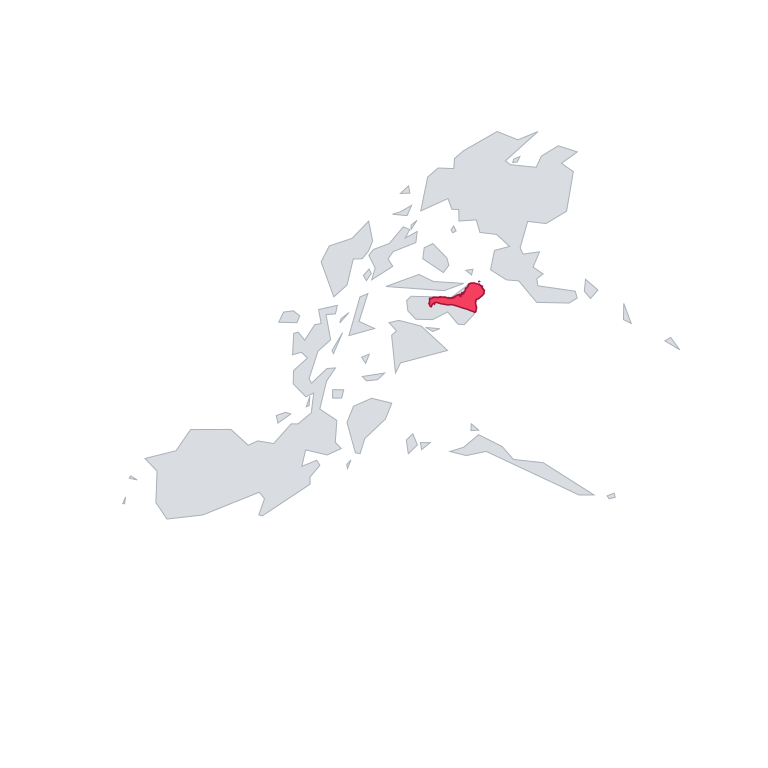 location of Negros Oriental, Negros Oriental, Philippines, rotated 248°
{"feature_id": "2640588B56610026740587", "entity_name": "Negros Oriental", "entity_type": "district", "adm_level": 2, "iso_a3": "PHL", "parent_name": "Philippines", "parent_adm1": "Negros Oriental", "projection": "albers", "projection_center": [123.112, 9.739], "detail": "fine", "context": "in_parent", "style": "filled", "palette": "rose", "viewbox_px": 768, "rotation_deg": 248, "n_neighbors": 0, "source": "geoboundaries", "source_scale": "gbopen_adm2", "svg_char_len": 8392}
<svg xmlns="http://www.w3.org/2000/svg" viewBox="0 0 768 768"><g transform="rotate(248 384 384)"><path d="M359.5,128.1L388.2,140.9L404.5,134.5L400.0,166.1L414.2,187.6L399.2,225.1L378.1,235.1L378.5,245.7L370.1,259.4L381.8,283.0L379.2,289.3L384.5,305.8L401.9,315.4L401.5,306.7L418.2,299.9L430.2,305.1L436.8,322.7L444.4,319.3L445.3,310.2L464.7,319.2L464.3,323.8L454.3,326.9L464.9,342.0L463.6,348.4L477.6,351.3L474.4,370.2L467.2,365.3L470.0,356.2L445.0,351.1L439.2,335.1L416.9,316.4L411.9,317.2L419.7,337.0L417.1,345.0L408.3,331.9L384.9,315.1L367.9,326.6L348.2,317.0L340.2,320.2L339.5,304.8L352.3,286.6L338.4,277.0L338.5,293.0L332.6,294.1L325.4,280.4L318.8,278.0L307.3,221.7L309.6,218.9L322.3,230.2L330.4,227.8L330.5,166.7L340.1,132.2L359.5,128.1ZM530.7,482.9L559.5,502.0L564.0,515.0L557.6,529.4L566.6,533.8L570.5,545.1L575.7,583.5L560.3,599.5L560.4,621.3L545.5,580.3L540.1,583.2L527.9,606.3L536.3,615.2L539.6,634.8L526.8,650.1L522.1,631.2L510.0,639.1L475.8,618.0L472.1,594.3L480.9,578.1L459.2,561.2L452.3,561.6L448.3,577.7L436.5,566.0L426.4,572.8L424.4,565.1L417.4,563.4L398.4,596.1L391.3,595.3L389.7,586.0L402.5,556.1L429.1,547.6L434.7,536.5L450.0,525.6L466.5,536.5L464.5,551.9L480.4,544.6L488.6,529.7L501.6,531.1L507.0,514.6L517.8,518.7L520.5,512.4L532.0,512.8L530.7,482.9ZM445.4,502.7L432.5,511.3L427.4,500.8L415.3,494.3L408.9,480.6L411.8,475.0L427.0,470.0L425.5,453.2L432.1,437.8L442.9,433.5L452.9,436.3L455.2,442.0L439.1,478.9L445.4,502.7ZM520.8,371.5L532.5,385.0L531.0,409.0L540.8,430.8L520.9,427.1L513.0,419.3L508.3,410.6L511.4,402.3L489.6,386.8L483.6,370.1L520.8,371.5ZM390.0,398.8L426.3,409.3L428.6,415.5L439.0,411.7L437.4,421.7L423.6,440.3L391.3,455.5L397.4,407.3L390.0,398.8ZM251.4,502.1L202.5,537.1L208.0,523.3L283.3,453.4L286.8,433.5L296.7,419.9L295.5,434.4L301.6,452.7L281.8,470.1L265.6,475.7L251.4,502.1ZM330.9,331.7L362.3,335.3L374.8,347.4L375.4,367.2L363.3,384.0L351.0,372.2L340.6,345.7L328.4,335.8L330.9,331.7ZM494.9,419.3L508.9,418.1L512.7,424.5L512.3,441.6L522.5,460.8L517.6,465.6L511.4,458.5L513.0,471.9L503.2,466.5L503.3,441.9L498.4,434.6L489.8,436.2L485.2,411.6L494.9,419.3ZM447.4,495.6L448.0,474.8L473.7,422.2L472.5,457.3L460.5,468.3L447.4,495.6ZM495.9,481.9L477.2,489.5L469.8,488.6L465.1,480.8L485.6,466.9L495.2,472.3L495.9,481.9ZM442.0,369.6L473.7,394.3L473.9,402.9L451.4,384.3L439.0,396.0L442.0,369.6ZM485.8,327.4L478.8,331.4L473.5,326.2L480.7,309.5L488.3,317.8L485.8,327.4ZM405.6,610.1L391.0,617.5L385.9,607.5L395.0,604.5L405.6,610.1ZM310.2,380.4L323.7,383.7L327.0,392.1L315.0,392.1L310.2,380.4ZM390.2,331.1L398.0,334.2L393.7,344.5L386.8,339.5L390.2,331.1ZM354.0,630.2L368.9,636.5L347.5,635.9L354.0,630.2ZM539.3,476.5L531.5,468.4L538.2,455.4L537.5,463.2L539.3,476.5ZM399.1,366.7L393.9,388.7L390.4,379.6L393.5,368.9L399.1,366.7ZM318.8,660.6L319.8,667.2L304.9,671.0L318.8,660.6ZM395.1,272.3L394.6,282.2L391.1,286.3L387.5,271.0L395.1,272.3ZM420.9,443.7L414.4,456.4L414.4,449.0L420.9,443.7ZM316.0,395.8L312.3,404.9L309.1,394.3L316.0,395.8ZM496.2,413.3L491.2,413.6L486.4,406.4L492.3,405.5L496.2,413.3ZM417.2,373.3L417.1,381.5L410.0,374.7L417.2,373.3ZM558.5,481.0L551.3,479.5L554.5,470.6L558.5,481.0ZM434.5,348.3L447.2,364.9L431.1,348.5L434.5,348.3ZM314.4,450.0L305.8,454.5L308.2,447.1L314.4,450.0ZM458.7,502.5L457.1,509.5L452.3,506.0L458.7,502.5ZM460.6,368.5L463.4,378.3L457.2,365.9L460.6,368.5ZM196.6,556.5L192.3,555.9L193.3,549.7L196.7,549.0L196.6,556.5ZM504.5,507.8L498.9,508.2L498.4,504.5L501.7,503.8L504.5,507.8ZM544.0,595.2L539.9,590.8L541.1,586.3L543.9,588.5L544.0,595.2ZM323.5,319.4L325.9,324.9L319.3,318.5L323.5,319.4ZM521.1,468.6L523.4,475.9L517.2,467.0L521.1,468.6ZM393.8,114.7L387.5,119.2L392.1,112.5L393.8,114.7ZM400.5,310.7L391.9,306.4L392.0,303.4L400.5,310.7ZM370.9,97.0L376.2,102.1L370.2,98.7L370.9,97.0Z" fill="#d9dde1" stroke="#a8b0b8" stroke-width="1"/><path d="M416.4,495.8L416.7,496.2L416.9,496.3L417.0,496.5L417.2,496.8L417.4,496.8L417.6,496.7L417.9,496.8L418.5,497.4L418.8,497.5L419.2,497.9L419.3,497.9L419.8,498.4L420.1,498.3L420.3,498.3L420.7,498.5L420.9,498.5L421.0,498.6L421.2,498.4L421.5,498.5L421.8,498.6L422.4,498.7L422.9,498.9L424.1,499.0L424.6,499.2L424.8,499.2L425.3,499.3L425.8,499.7L426.3,500.3L427.0,500.4L427.3,500.5L427.5,500.6L427.8,501.1L427.7,501.5L427.8,501.5L427.6,501.5L427.8,502.1L427.9,502.8L427.7,503.2L427.6,503.4L427.9,504.4L427.9,504.7L428.0,504.8L428.3,505.3L428.3,505.7L428.5,506.1L428.7,507.0L428.9,507.2L429.0,507.5L429.1,507.9L429.1,508.2L429.1,508.3L429.3,508.3L429.5,508.7L429.5,508.8L429.9,509.5L430.1,510.3L430.4,510.7L430.7,510.7L430.8,510.8L431.4,510.9L431.8,511.2L431.9,511.4L432.1,511.6L432.6,511.7L432.9,512.0L433.3,512.2L433.5,512.1L433.8,511.8L434.0,511.8L434.0,511.7L434.7,511.7L435.1,511.6L435.4,511.1L435.6,511.0L436.2,511.1L436.5,511.2L436.6,511.3L436.7,511.2L436.8,511.2L437.1,511.5L437.4,511.4L437.6,511.4L437.8,511.1L437.9,511.3L437.7,511.5L437.4,511.5L437.5,511.8L437.8,511.9L438.2,511.3L438.4,511.2L438.4,510.9L438.7,510.8L438.7,510.7L438.8,510.7L438.8,510.8L438.7,510.9L438.6,511.0L439.1,510.7L439.4,510.5L439.5,510.2L439.9,509.9L440.4,509.9L440.8,509.9L440.8,509.7L441.0,509.3L441.1,508.8L442.3,507.6L442.5,507.0L443.1,506.3L443.4,506.2L443.6,505.8L443.9,505.5L444.1,505.1L444.2,504.6L444.3,504.4L444.5,503.8L444.6,503.1L444.6,502.7L444.9,502.2L444.9,501.9L445.1,501.7L445.0,501.2L445.0,500.3L445.0,500.2L444.9,500.0L444.8,499.8L444.6,499.4L444.0,499.1L443.8,499.1L443.6,498.9L443.6,499.0L443.4,498.8L443.2,498.5L443.0,498.4L442.8,497.7L442.5,497.4L442.3,496.9L442.3,496.7L442.0,496.6L442.1,496.0L442.2,495.7L441.9,495.2L441.7,494.9L441.2,494.9L440.4,494.6L440.1,494.4L439.9,494.2L439.9,493.6L439.7,493.0L439.2,492.3L439.1,492.1L438.8,491.9L438.8,491.7L438.7,491.6L438.6,491.8L438.5,491.4L438.5,491.8L438.2,491.8L437.6,491.5L437.4,491.7L437.5,491.6L437.7,491.0L437.8,490.7L438.0,490.2L438.0,490.3L438.1,490.1L438.4,490.1L438.6,490.2L438.8,490.4L438.8,490.7L438.7,490.8L438.8,490.8L438.7,490.9L438.7,491.1L438.8,491.0L439.0,491.1L439.0,490.7L439.0,490.4L438.8,490.1L438.8,489.8L439.0,489.8L438.9,489.7L438.6,489.7L438.5,489.8L438.4,489.7L438.4,489.8L438.3,489.7L438.2,489.6L438.2,489.4L437.9,489.4L437.7,489.2L437.6,489.3L437.7,489.7L437.6,489.3L437.3,488.9L437.3,488.7L437.1,488.6L436.9,488.5L437.0,488.4L436.9,488.3L437.0,488.3L437.2,487.9L437.4,487.8L437.2,487.8L437.1,487.5L437.3,487.5L437.4,487.3L437.6,487.3L437.8,487.4L438.2,487.4L438.4,487.5L438.5,487.5L438.8,488.0L438.9,488.3L438.9,488.2L438.7,487.7L438.6,486.9L438.7,486.7L438.8,486.6L438.7,486.5L438.7,486.1L439.0,485.6L439.1,485.2L438.9,484.7L438.7,484.3L438.8,484.2L438.7,483.9L438.8,483.5L438.7,483.1L438.5,482.9L438.4,482.7L438.6,482.6L438.7,482.3L438.5,482.0L438.5,481.6L438.4,481.6L438.1,481.6L438.0,481.4L438.3,481.4L438.4,480.7L438.2,480.4L438.0,480.2L437.9,480.0L438.0,479.9L438.2,480.0L438.3,479.9L438.2,479.8L438.2,479.6L438.3,479.6L438.4,479.4L438.5,479.3L438.7,479.1L438.6,478.8L438.7,478.2L438.5,477.8L438.7,477.3L439.0,477.1L438.9,476.8L439.4,476.7L439.5,476.7L439.8,476.3L439.7,475.9L439.9,475.7L440.0,475.3L440.1,475.2L440.2,474.8L440.5,474.7L440.8,474.1L441.1,473.6L441.7,473.3L441.7,472.8L441.8,472.6L442.1,472.4L442.2,472.0L442.2,471.6L442.4,471.5L442.4,471.4L442.5,471.2L442.6,470.9L442.7,470.5L443.1,470.0L443.1,469.9L443.3,469.3L443.3,469.2L443.5,469.1L443.4,469.0L443.4,468.9L443.7,468.5L443.7,468.3L443.9,468.3L443.9,467.9L443.9,467.5L443.8,466.9L443.9,466.7L444.0,466.3L444.0,466.0L444.1,465.9L444.4,465.8L444.5,465.6L444.7,465.3L444.7,465.1L444.8,464.8L444.8,464.6L445.0,464.3L445.4,463.9L445.4,463.6L445.6,463.3L445.6,462.7L445.6,462.4L445.8,462.3L445.8,462.0L445.7,461.6L445.8,461.6L445.7,461.3L445.8,461.2L445.7,460.5L445.8,460.4L445.8,460.2L445.6,459.7L445.8,459.3L445.7,459.1L445.9,459.0L445.7,458.9L445.9,458.3L446.0,458.2L442.6,456.8L442.4,456.8L442.3,456.7L442.5,456.6L442.4,456.2L442.1,455.9L441.9,456.0L441.8,455.8L441.4,455.8L440.8,455.9L440.6,455.8L438.4,456.0L437.9,456.9L439.1,457.9L439.8,458.8L440.0,459.2L440.0,459.8L440.1,460.0L439.8,460.2L439.9,460.5L439.6,460.7L439.3,460.8L439.2,460.8L439.4,461.2L440.3,461.3L440.4,462.5L440.2,463.0L437.1,466.8L435.5,469.5L433.3,473.0L432.9,474.6L432.0,477.0L430.0,479.4L429.0,480.8L424.9,485.5L421.7,489.7L420.2,491.0L418.2,493.3L416.5,495.0L416.6,495.3L416.4,495.6L416.4,495.8ZM443.5,510.3L443.3,510.3L443.4,510.8L443.6,510.6L443.5,510.3ZM438.5,488.7L438.4,488.9L438.5,488.9L438.5,488.7Z" fill="#f43f5e" stroke="#9f1239" stroke-width="1.5"/></g></svg>